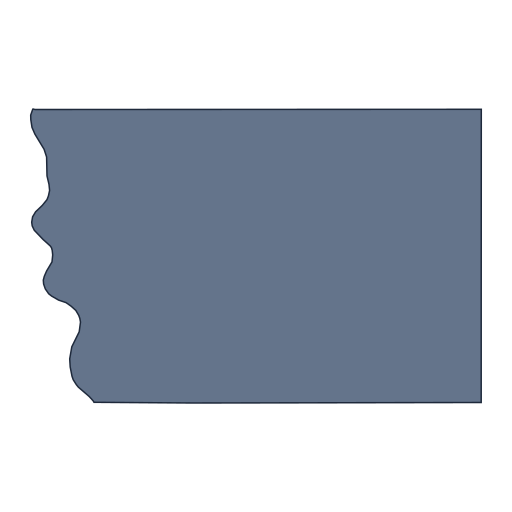 Mills, Iowa, United States of America (Natural Earth projection)
{"feature_id": "52423323B88148512368215", "entity_name": "Mills", "entity_type": "district", "adm_level": 2, "iso_a3": "USA", "parent_name": "United States of America", "parent_adm1": "Iowa", "projection": "natural_earth1", "projection_center": [-95.828, 41.031], "detail": "fine", "context": "isolated", "style": "filled", "palette": "slate", "viewbox_px": 512, "rotation_deg": 0, "n_neighbors": 0, "source": "geoboundaries", "source_scale": "gbopen_adm2", "svg_char_len": 752}
<svg xmlns="http://www.w3.org/2000/svg" viewBox="0 0 512 512"><path d="M94.0,402.3L192.6,403.0L481.2,402.5L481.2,305.0L481.3,109.3L35.0,109.5L33.0,109.0L32.7,109.4L30.7,115.1L30.8,119.6L32.0,127.4L34.9,134.1L44.1,149.3L46.6,157.0L47.0,175.9L49.0,184.4L49.6,190.5L48.4,196.0L47.0,199.6L42.3,205.4L35.6,211.8L32.6,216.8L31.7,222.2L32.2,225.9L34.3,230.3L43.1,239.5L50.3,246.0L51.5,247.8L52.2,250.3L52.7,254.9L52.0,261.9L46.6,271.0L44.3,276.3L43.3,280.1L43.6,284.0L45.3,288.9L48.7,293.8L51.8,296.2L58.6,300.1L66.0,302.6L71.0,306.1L75.8,310.4L78.7,315.3L79.8,318.3L80.5,322.1L79.2,331.8L71.8,346.8L69.7,358.9L70.2,367.0L72.0,376.2L73.2,379.7L76.3,384.6L78.4,387.2L89.2,396.5L93.2,400.9L94.0,402.3Z" fill="#64748b" stroke="#1e293b" stroke-width="1.5"/></svg>